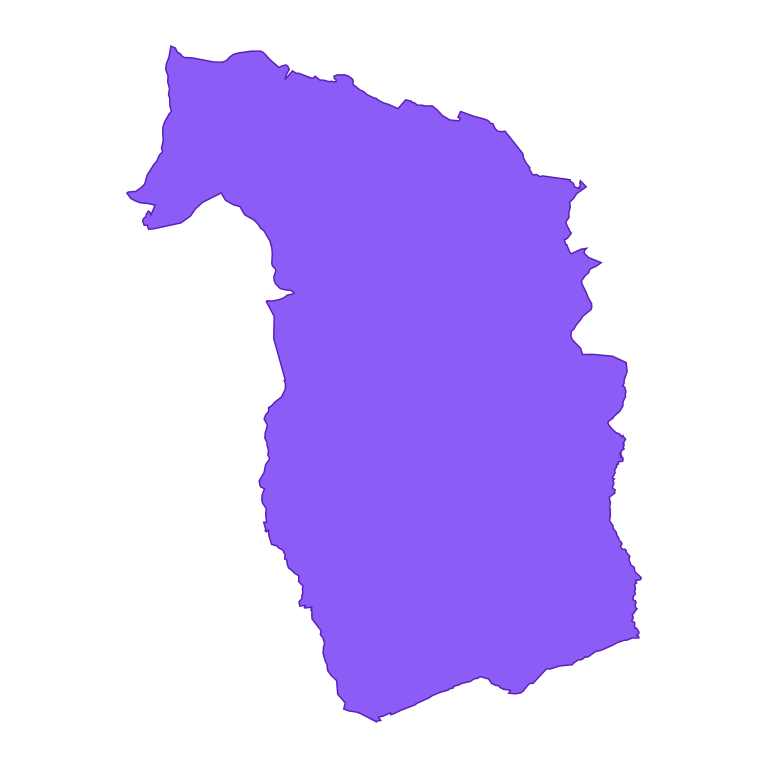 the district of Slanic, Prahova, Romania
{"feature_id": "2599482B89499575476791", "entity_name": "Slanic", "entity_type": "district", "adm_level": 2, "iso_a3": "ROU", "parent_name": "Romania", "parent_adm1": "Prahova", "projection": "robinson", "projection_center": [25.946, 45.239], "detail": "fine", "context": "isolated", "style": "filled", "palette": "violet", "viewbox_px": 768, "rotation_deg": 0, "n_neighbors": 0, "source": "geoboundaries", "source_scale": "gbopen_adm2", "svg_char_len": 6069}
<svg xmlns="http://www.w3.org/2000/svg" viewBox="0 0 768 768"><path d="M572.4,664.7L573.1,663.5L578.6,659.6L580.2,660.0L582.7,659.0L585.1,656.7L585.9,657.3L588.4,656.7L595.4,651.6L601.0,650.3L612.6,645.2L617.5,642.5L623.9,640.3L627.6,640.0L632.1,638.0L638.8,638.0L638.7,636.5L636.7,635.4L638.6,633.9L639.0,632.1L636.5,628.2L635.1,628.3L634.5,625.5L634.7,622.5L631.8,620.9L631.7,620.2L633.0,619.0L633.2,617.9L632.3,614.5L634.4,612.6L634.7,611.0L635.8,610.5L637.0,608.7L635.7,607.8L635.2,605.4L635.2,604.2L636.2,602.7L635.5,601.0L633.0,599.7L633.3,596.3L635.4,593.8L634.5,591.2L635.5,589.1L634.6,584.2L636.6,583.1L635.6,580.4L640.0,579.8L640.8,579.2L641.1,577.5L634.9,571.7L634.1,567.3L631.0,565.1L628.9,559.7L629.8,556.2L627.4,553.7L626.1,551.6L626.2,550.4L624.5,549.0L623.0,549.5L621.1,548.0L620.5,546.4L621.9,544.1L621.8,542.9L618.7,539.6L618.7,537.9L617.2,535.9L616.1,532.0L613.4,528.9L612.9,525.6L609.5,520.7L610.4,515.6L610.1,511.0L610.5,509.7L609.6,508.0L610.4,502.3L609.4,499.0L609.5,497.0L614.9,493.0L614.5,491.3L615.3,489.9L612.7,488.3L612.4,487.6L613.9,483.2L612.9,480.3L614.4,479.0L612.4,477.8L612.3,477.2L613.8,475.5L615.1,472.7L614.6,470.0L616.7,466.7L616.6,464.9L618.5,464.0L618.0,462.1L622.7,461.1L623.1,459.1L622.6,457.3L620.5,457.3L621.5,455.7L620.1,454.7L621.1,453.9L620.1,453.0L621.1,452.2L621.4,450.7L624.1,449.0L623.1,446.8L624.2,445.3L623.4,444.2L623.9,443.4L623.4,443.0L625.5,439.3L624.7,437.8L623.2,437.0L622.9,435.5L621.5,436.5L619.8,434.1L615.7,432.5L611.9,428.8L608.8,425.0L607.8,422.8L609.0,421.0L612.6,418.4L614.5,415.8L619.7,411.4L622.9,406.0L623.0,401.8L625.5,396.6L625.3,394.0L626.0,391.7L624.7,387.2L622.9,386.1L624.1,383.1L624.2,379.9L627.1,371.6L626.2,362.6L612.4,356.2L593.4,354.4L582.4,354.5L580.7,348.4L572.6,340.0L570.9,336.5L571.3,331.2L573.9,329.2L576.0,325.3L581.9,318.0L582.3,316.6L591.0,309.6L591.7,307.6L591.6,303.6L588.3,297.9L586.1,292.2L582.0,284.0L581.4,281.0L585.4,275.4L588.5,273.0L589.6,269.9L590.6,268.7L595.6,266.5L601.2,262.7L588.7,257.6L584.3,253.4L584.4,250.6L586.6,248.3L581.1,249.2L573.2,252.8L572.1,253.8L570.0,252.7L566.7,244.7L565.8,244.8L564.4,240.2L564.4,239.7L566.1,239.2L568.1,237.5L571.1,233.5L571.0,232.4L569.4,230.8L569.0,229.0L567.4,226.6L566.0,222.9L566.3,221.3L569.1,217.2L568.7,213.1L570.3,207.2L569.6,202.4L573.7,198.2L576.8,193.5L586.2,186.9L580.4,180.8L579.8,183.1L580.4,185.9L578.8,187.4L579.8,188.1L578.2,188.5L574.4,186.6L573.4,183.5L569.8,180.8L570.2,179.8L542.4,175.9L540.3,176.7L536.1,174.4L533.9,175.0L532.3,174.3L529.6,169.5L529.8,167.7L526.0,162.7L523.3,157.5L522.9,153.7L505.0,131.2L501.6,131.7L497.4,131.1L495.0,128.3L492.8,123.7L489.9,123.2L489.7,122.2L487.9,120.5L485.0,119.3L473.0,116.0L460.6,111.5L457.9,117.4L460.4,118.3L460.4,119.0L459.4,120.2L458.6,120.8L449.9,120.0L442.5,115.6L436.6,109.4L432.2,105.9L425.5,106.0L422.0,105.2L417.5,105.2L413.9,102.5L411.8,102.5L411.3,101.2L405.7,99.8L398.0,108.6L388.8,104.5L383.5,102.9L378.6,100.4L375.9,98.2L374.3,98.1L367.3,94.8L363.5,91.5L360.1,90.0L353.5,84.9L352.8,83.9L353.2,81.7L352.6,79.2L348.4,76.1L344.9,74.9L337.4,74.9L334.0,76.2L334.4,78.5L336.0,80.0L336.1,81.2L335.6,82.0L331.6,81.3L328.5,81.6L323.9,80.2L319.8,80.0L315.1,76.2L313.3,78.1L311.4,78.1L298.9,73.3L296.2,73.3L292.5,70.9L285.0,79.5L286.4,74.5L289.3,69.4L287.7,66.2L286.4,65.1L285.0,65.1L281.2,66.2L279.1,67.6L269.8,59.5L265.4,54.5L262.1,51.7L260.5,51.1L250.9,51.2L238.4,53.0L233.6,54.3L229.8,57.0L226.6,60.4L224.3,61.5L221.0,62.3L213.8,62.0L192.4,57.9L184.1,57.5L182.4,56.5L180.7,54.2L177.2,51.9L175.3,48.0L170.9,46.1L169.0,57.0L166.3,64.2L165.8,69.7L168.1,76.1L167.7,81.8L169.5,88.8L168.5,94.7L169.7,98.2L169.9,106.0L171.4,111.4L169.1,113.9L164.6,122.1L163.0,126.6L162.7,133.5L163.3,139.7L161.5,148.6L162.6,151.7L159.4,155.1L156.5,161.5L153.6,164.9L147.1,175.2L144.7,184.1L141.5,187.3L135.9,191.4L128.3,192.0L126.9,193.1L130.7,198.3L134.9,200.7L140.1,202.7L149.1,203.7L155.1,205.2L150.9,214.9L149.7,211.8L148.2,211.1L146.4,214.1L146.0,216.3L143.2,219.0L142.7,221.2L144.0,224.7L143.4,224.7L145.0,225.4L147.0,224.9L148.6,229.3L153.6,228.8L180.9,222.9L190.5,216.0L195.4,208.9L202.5,202.4L221.2,192.9L225.6,200.4L233.8,204.9L239.9,206.5L244.7,214.8L254.0,220.0L258.5,224.6L260.2,227.7L264.1,231.0L270.0,241.1L271.8,248.1L272.3,253.6L271.8,263.6L272.4,265.8L275.3,268.9L275.9,270.7L273.8,276.9L274.4,281.2L275.5,283.7L280.2,288.5L286.0,290.0L290.2,290.2L292.7,291.6L294.0,293.0L292.3,294.1L287.2,295.2L283.8,297.9L278.2,299.9L271.8,301.1L267.1,300.7L266.4,301.7L274.2,316.3L273.7,338.5L285.3,380.0L284.2,380.5L285.4,383.2L285.4,389.0L281.5,397.0L275.4,401.6L271.3,406.0L268.6,407.6L268.6,411.6L265.7,414.8L264.1,419.0L267.5,425.3L265.2,433.0L264.9,438.2L267.0,442.6L267.1,445.5L268.5,450.2L267.9,455.3L269.6,457.9L268.6,460.8L267.0,462.4L265.4,465.5L264.1,472.5L259.2,480.8L259.9,485.0L260.7,486.9L264.5,488.8L262.1,495.0L261.9,499.9L262.4,502.9L266.2,508.6L265.7,514.6L266.6,522.3L263.7,522.3L265.8,529.6L265.1,530.7L266.5,531.8L268.4,530.1L269.0,536.1L271.7,544.5L277.0,545.9L278.6,547.9L283.2,550.3L283.6,552.1L285.2,554.8L284.6,558.9L286.9,560.1L286.9,563.0L288.5,567.9L292.1,570.5L294.1,572.9L298.8,575.8L298.6,581.4L303.0,586.2L302.4,588.9L302.9,593.4L301.9,595.0L301.8,598.9L299.0,601.7L299.8,606.1L305.2,605.4L305.4,606.0L304.4,607.8L304.7,608.0L311.7,607.2L310.9,610.1L311.8,610.1L312.0,618.8L321.1,630.7L320.4,634.7L322.9,637.8L324.6,643.6L323.5,646.9L323.1,653.3L325.2,660.9L327.0,664.4L327.6,670.4L331.2,675.5L336.6,680.5L337.7,694.2L345.3,703.0L343.7,709.0L348.7,710.9L356.3,712.0L360.5,713.5L376.5,721.9L377.3,720.9L380.7,720.5L378.6,717.1L383.2,716.1L390.5,712.8L390.7,714.7L393.4,713.9L401.1,710.2L415.8,704.5L416.2,703.6L429.5,697.6L432.2,695.7L439.8,692.5L448.6,689.9L449.1,689.0L453.4,687.9L453.3,686.4L458.6,685.0L462.3,683.2L470.2,681.5L473.8,679.0L477.9,678.2L480.1,676.6L488.6,679.0L491.7,683.5L495.7,685.4L498.6,685.7L499.9,687.4L503.5,689.3L510.4,690.3L508.7,693.2L515.5,693.8L520.9,692.8L523.0,691.3L528.8,684.1L530.7,683.3L533.0,683.4L546.7,668.6L549.8,669.1L559.5,666.0L572.4,664.7Z" fill="#8b5cf6" stroke="#5b21b6" stroke-width="1.5"/></svg>